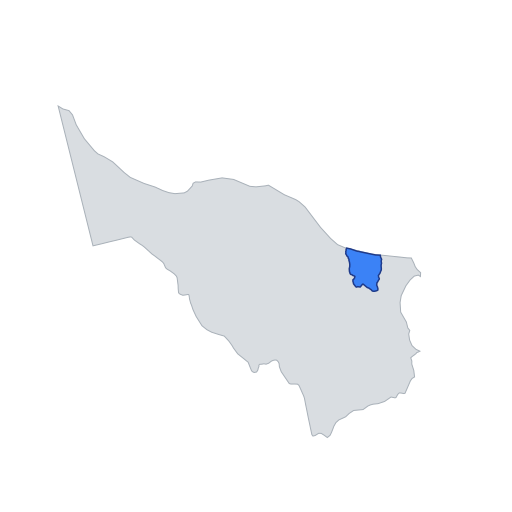 Gharb - Chrarda - Béni Hssen highlighted on a map of Morocco, rotated 76°
{"feature_id": "MAR-1448", "entity_name": "Gharb - Chrarda - Béni Hssen", "entity_type": "Region", "adm_level": 1, "iso_a3": "MAR", "parent_name": "Morocco", "parent_adm1": "", "projection": "robinson", "projection_center": [-5.873, 34.557], "detail": "fine", "context": "in_parent", "style": "filled", "palette": "blue", "viewbox_px": 512, "rotation_deg": 76, "n_neighbors": 0, "source": "natural_earth", "source_scale": "10m", "svg_char_len": 3586}
<svg xmlns="http://www.w3.org/2000/svg" viewBox="0 0 512 512"><g transform="rotate(76 256 256)"><path d="M66.6,407.8L69.7,402.3L74.7,399.9L85.2,398.7L100.7,394.2L114.7,387.4L118.7,384.7L123.0,379.3L130.1,372.2L143.2,363.7L149.3,359.0L158.5,347.1L164.7,337.2L169.8,330.9L173.4,325.3L175.9,319.6L177.4,310.4L176.5,306.8L172.7,301.0L170.2,299.4L169.5,296.7L170.9,291.8L171.0,283.4L172.0,270.0L176.3,259.2L186.9,245.1L188.9,239.3L190.2,230.0L190.3,226.8L203.4,213.7L211.1,203.6L213.7,201.1L220.4,196.5L243.8,186.5L257.0,179.4L264.7,174.1L269.3,168.0L282.0,143.7L294.4,109.7L295.5,105.8L301.0,104.6L304.9,104.1L308.1,102.9L312.0,100.3L315.7,101.4L313.8,103.1L313.8,107.3L316.5,112.2L321.1,117.7L329.6,124.7L336.1,127.5L345.5,129.2L356.4,126.1L362.5,126.1L365.4,124.8L368.6,126.7L374.8,127.3L380.7,126.3L385.2,123.4L388.0,120.0L388.4,121.6L388.6,123.4L389.5,124.5L391.3,128.8L392.2,130.5L395.6,130.2L398.6,131.0L405.3,130.6L411.7,131.4L412.6,134.2L414.5,136.4L421.2,141.5L425.2,144.6L425.3,145.7L424.1,148.3L423.5,150.1L424.6,152.0L427.1,154.3L427.3,155.4L426.7,156.6L425.5,159.1L428.2,166.3L428.8,173.3L428.1,178.3L428.2,181.2L428.6,183.6L430.9,189.3L429.5,198.6L431.3,203.7L433.7,207.9L435.1,215.3L437.0,218.8L440.2,221.8L441.9,222.9L445.4,225.4L447.9,227.5L449.4,230.7L446.3,233.3L443.9,235.6L443.2,238.1L444.5,242.1L444.5,244.3L442.9,245.0L436.5,244.8L431.5,244.6L425.7,244.4L417.6,244.0L412.6,243.8L405.7,243.4L403.3,243.6L397.0,244.7L392.6,245.5L391.8,245.7L390.4,246.7L389.5,249.7L388.7,253.1L387.8,254.6L374.4,259.5L369.1,260.1L366.1,259.6L364.0,260.0L362.1,261.1L361.5,262.7L361.4,264.7L361.8,266.7L363.1,269.6L363.4,272.4L362.5,274.4L362.4,276.4L362.0,278.6L362.7,279.7L364.0,279.9L365.3,280.9L367.1,281.8L368.7,283.5L368.6,286.0L367.4,287.4L366.2,288.1L361.2,288.8L357.2,289.3L352.0,293.2L346.5,297.4L339.9,300.1L337.1,300.9L332.0,302.9L326.0,306.2L323.0,311.4L319.2,317.5L315.6,321.5L310.6,325.3L306.0,326.8L300.2,328.7L292.9,330.1L287.7,330.5L286.2,330.8L281.6,330.9L279.4,330.6L277.7,330.5L277.0,330.9L276.8,331.9L276.7,334.0L276.4,336.5L274.9,338.6L273.9,339.6L272.7,340.0L268.9,339.4L265.7,338.7L258.0,337.8L256.5,338.1L255.9,338.3L253.5,339.7L249.8,342.8L247.3,345.4L245.5,346.6L241.0,347.3L239.1,348.2L230.8,354.8L229.0,356.4L220.4,362.1L218.0,364.0L216.1,365.9L211.0,370.2L207.7,372.0L207.1,373.1L206.9,375.7L206.9,381.4L206.9,386.9L206.8,394.9L206.8,402.8L206.7,411.7L62.6,411.7L66.6,407.8Z" fill="#d9dde1" stroke="#a8b0b8" stroke-width="1"/><path d="M270.3,166.1L272.1,162.4L275.5,157.2L275.9,156.6L276.4,155.1L277.1,153.9L283.9,139.8L285.3,135.2L287.3,135.4L288.9,135.0L289.6,134.9L290.4,135.4L291.2,135.7L292.1,135.9L293.3,135.9L294.4,136.5L295.8,137.0L298.8,137.5L300.0,137.9L300.8,138.6L302.6,139.8L304.6,142.0L305.5,142.0L306.1,142.2L307.6,141.8L308.4,142.1L309.1,143.0L310.4,144.1L311.3,145.2L312.6,145.6L313.5,146.0L314.9,145.7L317.0,145.6L318.5,146.0L318.9,147.2L318.9,149.2L318.7,150.3L318.3,151.3L317.7,151.9L316.7,152.3L316.1,152.9L314.4,154.3L313.5,155.7L309.8,158.4L309.1,159.0L309.3,159.6L309.5,160.0L309.8,160.3L311.3,162.4L310.3,164.9L310.5,165.6L310.4,166.2L309.8,166.7L306.6,168.1L305.5,168.0L304.2,168.1L303.2,167.9L302.4,167.6L302.2,166.8L301.6,166.3L301.2,165.7L299.7,165.0L299.4,165.4L298.8,165.8L298.4,166.7L297.4,167.4L296.7,168.6L295.7,169.0L295.0,168.9L294.0,169.1L292.6,168.9L290.9,168.6L288.9,167.6L286.7,167.0L284.4,166.8L282.8,166.9L281.7,166.6L280.6,167.0L279.3,166.9L277.9,167.8L276.6,168.0L275.6,168.4L274.6,168.0L273.3,167.8L272.2,167.1L271.4,167.0L270.3,166.1L270.3,166.1Z" fill="#3b82f6" stroke="#1e3a8a" stroke-width="1.5"/></g></svg>